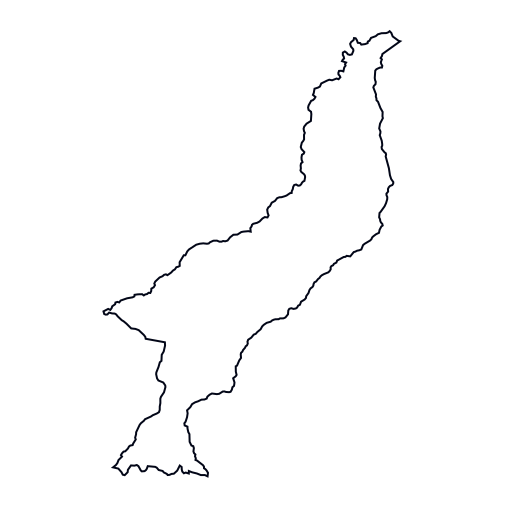 the district of Abreulândia, Tocantins, Brazil, rotated 267°
{"feature_id": "56859067B26958267589192", "entity_name": "Abreulândia", "entity_type": "district", "adm_level": 2, "iso_a3": "BRA", "parent_name": "Brazil", "parent_adm1": "Tocantins", "projection": "mercator", "projection_center": [-49.306, -9.465], "detail": "fine", "context": "isolated", "style": "outline", "palette": "ink", "viewbox_px": 512, "rotation_deg": 267, "n_neighbors": 0, "source": "geoboundaries", "source_scale": "gbopen_adm2", "svg_char_len": 6079}
<svg xmlns="http://www.w3.org/2000/svg" viewBox="0 0 512 512"><g transform="rotate(267 256 256)"><path d="M462.9,411.2L463.5,409.6L468.1,404.0L471.7,402.8L473.5,401.2L472.3,399.5L471.8,397.6L471.9,393.0L471.0,389.3L469.3,387.1L467.8,382.3L465.0,380.5L464.3,378.9L462.7,378.6L461.9,376.0L461.6,372.2L463.2,371.2L463.6,368.8L466.3,368.0L468.2,366.9L468.5,365.3L466.6,364.8L464.6,362.1L462.9,361.1L460.1,361.8L457.4,363.9L455.8,364.0L452.3,362.3L451.9,360.2L452.6,358.3L454.3,357.1L455.6,355.4L454.6,353.4L452.3,353.2L450.3,354.1L448.6,354.3L447.5,352.9L446.1,352.1L444.5,356.1L442.9,354.9L441.4,355.4L439.7,354.0L435.8,352.9L436.5,350.8L436.5,348.6L434.5,347.8L432.9,347.9L431.8,348.9L430.1,349.6L428.2,347.7L429.0,345.8L427.5,341.2L428.2,338.4L427.5,336.3L424.9,330.2L421.9,328.7L420.9,326.7L420.0,323.2L415.7,322.2L413.9,321.3L411.7,323.7L410.0,322.6L408.6,320.9L408.1,319.2L403.6,316.4L401.6,315.8L399.2,316.1L397.2,318.5L394.8,318.7L388.0,317.9L385.5,313.4L382.7,310.9L380.6,310.2L378.1,310.5L376.4,311.2L374.5,310.3L369.9,310.1L368.3,309.1L366.8,307.7L362.5,306.4L360.3,307.1L357.2,309.7L355.8,309.1L354.7,307.2L352.1,306.6L349.6,306.6L347.3,307.4L346.1,305.8L344.0,305.3L341.1,305.4L339.1,304.9L337.6,305.6L335.2,308.2L333.9,309.0L332.3,309.2L328.5,308.3L327.8,306.8L326.7,305.7L325.2,304.8L324.1,303.4L324.0,301.8L325.3,299.8L324.9,297.9L323.2,296.8L320.8,296.2L318.8,295.1L317.1,294.9L317.0,293.3L314.8,289.7L314.2,287.9L313.4,284.6L313.4,282.4L312.7,280.2L310.0,277.8L308.4,274.5L305.1,272.6L303.9,270.8L301.7,269.6L298.4,269.9L295.9,270.7L293.9,269.5L294.4,266.8L293.1,264.4L290.3,261.4L289.1,258.9L288.3,254.9L287.3,253.6L285.7,253.1L284.1,251.8L280.6,252.0L281.2,249.7L281.0,244.7L280.7,242.6L278.4,238.6L278.4,234.5L276.0,231.1L272.9,228.4L272.3,226.0L272.7,223.9L272.1,222.3L272.2,220.3L273.4,217.8L273.5,214.2L272.1,210.7L271.0,209.5L270.8,207.7L271.4,204.0L271.2,200.5L270.4,196.9L266.1,189.5L264.2,187.6L260.4,185.5L260.5,183.9L253.8,179.4L250.1,179.3L249.4,177.9L249.0,175.9L246.9,174.3L245.8,172.3L244.0,170.5L242.5,168.2L241.5,166.5L242.4,165.1L242.0,163.2L240.7,161.6L239.6,158.6L235.7,154.0L233.8,153.0L232.2,153.6L230.1,152.2L228.9,149.8L226.4,149.5L224.6,148.5L224.9,146.8L223.7,145.2L223.4,143.3L222.5,141.9L223.8,140.3L223.9,136.2L223.6,132.7L222.0,132.4L221.2,130.6L220.5,125.0L218.6,118.5L216.8,117.0L217.4,115.2L216.9,113.2L215.2,112.8L213.3,109.8L211.5,109.1L209.8,107.7L210.9,105.6L208.7,100.8L206.0,101.4L205.3,102.9L205.4,104.5L207.2,106.4L206.2,109.2L205.9,111.9L205.0,113.3L203.0,114.7L198.9,118.6L197.7,120.4L195.2,123.1L190.2,127.6L189.5,131.8L188.1,135.0L183.1,139.8L181.1,141.2L179.1,141.5L174.6,160.5L171.3,160.5L165.4,158.8L162.3,156.7L156.2,156.1L154.9,154.4L150.2,152.8L145.0,150.4L143.2,150.1L138.9,150.8L136.8,152.0L134.5,156.8L131.5,158.6L129.9,158.7L124.7,157.0L120.3,153.7L118.5,153.0L114.1,152.8L110.7,152.0L107.3,151.8L105.1,150.9L103.9,148.7L102.4,144.6L101.2,142.7L98.8,136.6L97.4,135.5L95.0,132.3L93.5,131.0L86.3,127.1L84.2,126.9L80.9,125.8L79.1,126.3L75.1,123.5L73.6,122.9L73.3,120.6L72.4,119.2L70.4,118.0L67.8,115.2L67.6,113.5L66.0,111.9L64.2,110.7L62.7,111.7L59.4,108.0L56.6,106.8L54.7,105.3L52.4,102.2L50.9,107.4L47.1,110.4L44.6,111.5L44.0,113.4L46.8,116.5L49.2,116.9L53.4,120.2L53.0,123.6L53.5,126.0L52.3,127.6L47.9,129.7L46.9,130.7L47.0,133.5L48.0,134.9L49.2,135.8L51.8,136.9L50.7,144.3L49.8,145.8L47.4,147.6L46.2,151.5L44.7,152.6L43.1,155.5L41.9,156.3L42.0,158.3L42.8,160.2L42.9,162.6L45.8,166.1L50.7,168.9L49.2,170.7L46.5,170.7L44.6,171.1L42.8,172.6L43.4,174.5L42.3,177.5L44.8,177.7L43.4,180.7L41.9,185.6L40.1,189.5L39.9,193.5L38.5,196.1L42.0,196.7L44.4,195.4L45.8,194.3L46.7,193.0L48.5,193.0L49.9,192.1L54.8,186.4L55.5,184.9L57.2,185.3L59.2,184.6L61.0,185.1L62.2,183.9L64.1,183.3L67.4,183.9L69.4,183.4L70.1,181.6L73.9,180.0L81.6,180.2L83.6,179.2L87.1,178.6L89.2,178.6L90.5,175.9L92.7,175.7L94.2,177.0L98.6,178.7L102.5,179.5L105.5,179.1L108.5,182.5L111.4,184.4L113.1,187.6L113.9,190.5L115.4,194.0L115.4,197.0L116.2,199.3L118.1,200.1L119.9,202.4L121.0,204.8L120.1,209.7L120.3,212.0L122.4,215.7L122.4,217.4L121.8,218.9L121.4,222.0L121.7,223.5L123.8,224.9L126.2,225.6L127.4,227.2L129.1,227.6L130.9,227.9L135.1,226.8L137.0,229.5L138.3,230.4L141.5,229.8L146.9,230.0L147.5,231.3L152.6,233.8L155.0,235.7L158.7,235.6L160.2,236.1L161.2,237.4L162.7,238.1L164.9,240.2L166.4,241.0L167.2,242.3L169.0,243.2L170.9,243.0L172.8,243.8L174.7,247.0L177.6,249.6L178.3,251.7L180.0,253.3L182.6,256.8L185.4,258.5L186.9,260.2L188.7,263.2L189.6,267.2L190.8,268.7L191.5,270.5L191.8,272.1L191.7,275.3L192.4,276.6L192.3,280.2L193.1,282.2L196.1,284.9L199.9,285.4L201.5,286.5L202.0,288.5L201.2,290.7L201.5,293.0L202.3,294.3L204.2,295.5L205.0,297.3L208.0,298.6L210.0,302.3L211.5,303.7L213.2,304.0L216.3,306.5L219.2,307.6L220.8,308.8L222.1,310.8L223.4,311.7L225.0,312.0L226.7,313.0L227.4,314.7L229.7,316.7L230.8,318.3L232.1,319.2L233.3,320.7L234.4,323.0L235.9,327.4L237.4,329.0L238.9,329.9L240.8,329.9L242.0,330.8L242.7,332.5L244.1,333.4L245.2,335.9L247.2,336.8L250.4,343.5L250.5,345.3L251.4,346.5L250.7,350.1L254.8,353.8L255.2,355.5L256.0,357.2L256.3,359.4L257.0,361.5L261.3,363.5L262.5,365.1L265.5,370.8L266.7,372.1L268.5,373.0L269.6,374.3L271.5,377.1L272.7,380.0L275.7,380.8L277.4,381.8L278.9,382.7L279.8,384.1L281.5,383.8L283.0,382.5L284.6,381.9L286.2,381.8L288.2,381.0L292.5,381.6L293.5,382.7L298.9,387.0L301.9,388.6L305.8,390.0L308.0,390.2L309.9,389.5L311.4,389.5L313.4,391.3L316.0,391.3L317.7,392.2L319.0,393.6L319.7,395.8L321.1,396.8L322.6,397.0L325.8,395.0L329.6,394.0L336.7,393.3L348.7,390.7L350.3,391.2L351.8,391.0L352.8,389.8L356.2,387.3L358.3,387.1L359.5,387.8L361.1,387.9L364.5,387.6L370.2,385.9L372.1,386.6L373.9,386.8L376.9,385.7L381.7,386.8L387.0,389.9L388.9,389.6L393.2,390.0L397.3,388.0L403.7,385.9L405.2,384.5L407.2,384.5L408.8,384.0L411.1,384.3L418.2,382.0L419.7,382.6L421.3,384.3L423.6,384.7L425.5,384.1L427.6,383.9L434.9,384.8L436.2,386.0L437.0,387.8L437.7,389.8L437.6,391.6L439.3,392.1L441.3,391.1L443.0,390.8L445.8,392.0L447.1,390.8L449.0,392.2L451.1,392.8L462.9,411.2Z" fill="none" stroke="#020617" stroke-width="2"/></g></svg>